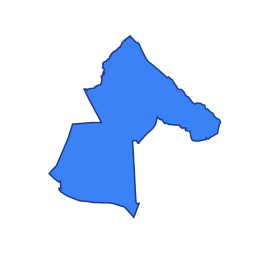 San Pablo Villa de Mitla, Oaxaca, Mexico (Natural Earth projection), rotated 341°
{"feature_id": "50627088B9208224547873", "entity_name": "San Pablo Villa de Mitla", "entity_type": "district", "adm_level": 2, "iso_a3": "MEX", "parent_name": "Mexico", "parent_adm1": "Oaxaca", "projection": "natural_earth1", "projection_center": [-96.275, 16.968], "detail": "fine", "context": "isolated", "style": "filled", "palette": "blue", "viewbox_px": 256, "rotation_deg": 341, "n_neighbors": 0, "source": "geoboundaries", "source_scale": "gbopen_adm2", "svg_char_len": 4938}
<svg xmlns="http://www.w3.org/2000/svg" viewBox="0 0 256 256"><g transform="rotate(341 128 128)"><path d="M183.0,92.9L181.1,93.2L180.9,92.2L179.7,90.1L176.2,83.8L170.8,74.8L169.4,73.0L168.8,71.7L168.1,69.7L167.5,67.4L166.9,63.3L166.3,57.9L165.7,51.7L165.0,50.6L163.5,49.5L160.9,44.0L160.0,41.7L159.0,42.6L158.4,42.2L158.1,42.1L157.7,42.6L156.5,42.7L155.5,43.0L154.0,44.3L153.2,43.7L152.9,43.9L152.6,44.3L151.8,44.9L151.2,45.0L150.2,45.4L149.9,45.5L149.2,47.0L147.5,48.0L146.7,49.1L145.4,49.0L145.1,49.4L143.2,50.0L141.8,51.1L141.1,51.3L140.8,50.9L140.4,51.1L139.9,50.9L139.7,51.3L138.9,51.9L138.3,51.5L137.7,52.0L136.8,52.3L136.5,52.9L135.6,53.1L135.5,53.7L134.7,54.3L134.1,54.3L134.1,54.9L133.6,55.4L133.2,56.1L132.9,56.3L132.4,56.2L132.1,56.7L130.8,56.4L130.5,57.2L130.0,57.3L129.3,57.4L128.2,57.9L127.2,57.6L126.5,57.9L125.9,58.2L125.4,58.7L125.1,59.0L125.0,59.3L124.6,61.8L123.5,62.6L123.7,63.2L124.5,64.2L124.7,65.3L124.3,65.8L124.2,66.0L123.4,66.6L123.1,66.6L123.0,66.8L123.0,67.2L123.1,67.3L123.3,67.4L123.4,67.6L123.5,67.8L123.6,68.0L123.4,68.1L123.3,68.4L123.2,68.3L123.2,68.5L123.0,68.4L123.0,68.6L122.8,68.5L122.9,68.8L122.6,68.7L122.7,68.9L122.7,69.0L122.5,68.9L122.5,69.1L122.4,69.1L122.0,69.2L122.0,69.6L121.6,69.6L121.6,69.8L121.4,69.8L121.0,69.8L120.8,69.6L120.7,69.6L120.7,70.0L120.3,70.3L120.5,70.4L120.1,70.7L119.8,70.9L119.6,70.9L119.8,71.1L119.9,71.3L120.1,71.4L120.1,71.5L119.9,71.6L119.6,71.9L119.5,72.2L119.1,72.7L119.1,73.1L119.2,73.5L119.3,73.8L119.0,74.3L118.7,74.7L117.9,75.8L117.3,76.6L117.2,76.8L116.7,77.5L116.4,77.8L115.0,78.2L114.8,78.2L113.5,77.6L113.2,77.7L112.4,78.0L112.0,78.2L110.8,78.2L110.7,78.3L110.4,78.2L110.1,78.4L109.7,79.0L109.1,79.3L108.8,79.4L108.6,79.3L108.3,79.1L108.0,79.0L107.4,78.9L106.9,78.9L105.1,78.4L104.6,78.3L104.0,78.4L103.1,78.3L103.2,78.5L102.8,78.2L102.6,78.2L102.0,78.9L102.0,78.6L101.9,78.3L101.7,78.2L101.4,77.9L101.2,77.6L100.8,77.4L100.5,77.3L100.2,77.4L99.8,77.1L99.5,76.9L99.1,77.0L100.7,89.6L102.7,101.8L104.7,114.2L96.0,111.2L84.3,108.2L76.9,106.3L68.0,118.3L57.1,130.4L51.2,136.9L48.1,140.4L41.6,143.6L38.6,145.5L41.1,150.4L41.6,151.6L45.2,156.7L46.8,156.2L45.6,160.1L45.4,160.9L45.4,161.0L45.3,161.4L45.2,161.7L45.2,162.0L45.1,162.5L44.8,163.4L44.2,163.1L43.6,162.8L43.4,162.8L43.2,162.6L42.7,164.3L42.7,164.6L43.6,165.2L43.6,165.4L43.6,165.9L43.6,166.3L43.8,166.4L43.9,166.8L44.2,167.0L45.8,169.1L48.9,172.8L54.2,177.4L58.2,180.8L60.3,181.9L67.4,185.1L70.6,187.0L81.5,191.1L85.1,192.3L88.5,194.0L90.8,195.6L97.4,200.5L98.9,201.4L101.3,206.9L102.8,210.3L104.4,214.3L107.5,210.7L113.9,202.9L112.3,202.9L111.3,201.0L114.9,188.2L115.2,187.2L118.4,175.9L118.5,175.9L118.6,175.6L118.9,174.4L119.1,173.7L119.4,172.6L119.9,171.0L120.0,170.7L120.8,167.8L121.3,166.0L121.5,164.8L121.8,164.0L122.8,160.4L123.3,159.1L123.5,158.2L123.6,157.6L124.2,155.7L124.4,154.9L124.7,154.2L124.9,153.0L125.4,151.6L125.4,151.3L125.6,150.7L125.8,149.8L126.4,147.8L127.1,145.5L127.2,144.9L128.1,141.7L129.6,141.9L131.2,142.6L131.7,142.7L132.0,143.9L132.2,144.6L132.6,146.1L132.7,146.3L132.7,146.2L134.7,144.7L135.2,144.4L136.4,143.6L138.2,142.7L138.6,142.5L139.6,141.9L140.9,141.2L142.3,140.5L143.8,139.7L144.3,139.6L144.9,139.2L145.1,139.2L148.3,137.8L151.6,136.3L154.4,134.2L154.9,133.7L156.6,131.4L156.8,131.0L157.4,130.2L157.7,129.7L158.0,129.2L158.5,128.4L158.8,127.7L159.4,126.9L159.8,127.3L159.7,128.0L159.8,128.3L159.9,128.5L160.2,128.8L160.2,129.1L160.5,129.7L161.0,129.7L161.2,130.5L161.7,130.9L162.0,131.0L162.9,131.4L163.2,132.8L163.5,133.3L163.5,134.1L163.7,134.3L163.7,134.5L163.8,134.9L163.9,135.2L164.2,135.6L164.8,136.0L165.6,136.1L166.4,136.4L167.0,136.5L167.5,137.8L168.5,138.4L169.4,138.3L169.7,138.4L170.2,138.8L170.3,138.9L170.9,139.3L171.0,139.3L171.3,139.4L171.7,139.7L172.0,139.9L172.4,140.1L172.7,140.2L173.5,140.5L174.0,140.7L174.3,140.8L174.6,140.9L176.4,141.6L176.9,141.7L177.4,141.9L178.0,144.3L178.2,144.6L178.8,144.8L179.1,146.0L180.5,146.0L183.0,147.0L181.5,148.3L181.6,149.1L185.3,151.3L184.8,156.8L184.5,158.6L184.4,158.7L184.7,160.2L185.4,160.9L186.1,161.5L187.0,161.9L188.2,162.5L189.5,162.9L190.1,163.2L190.5,163.3L190.8,163.4L192.3,163.5L193.2,163.6L194.0,163.7L194.2,163.8L194.9,163.9L195.3,163.9L195.5,163.9L197.2,164.0L197.4,164.1L198.1,164.4L198.5,163.3L198.6,163.0L200.6,164.6L202.0,163.9L208.1,162.7L211.0,162.2L211.5,161.0L212.7,159.0L215.5,154.5L217.3,152.8L217.4,152.1L217.0,149.6L215.5,148.4L214.2,146.6L213.6,145.4L213.0,141.7L211.7,140.3L210.4,138.2L209.9,137.3L209.8,136.6L209.3,135.8L208.4,135.7L208.0,135.4L207.5,134.6L207.4,134.3L207.7,133.8L208.0,131.7L207.9,131.4L207.0,130.9L206.0,130.3L204.6,128.3L202.0,127.1L200.6,126.7L199.6,127.4L197.5,125.5L196.1,121.3L195.8,120.2L195.1,118.3L193.6,116.7L192.7,114.2L192.6,112.0L190.9,108.9L189.8,108.4L189.0,108.4L187.6,106.8L187.4,104.3L186.6,101.6L186.3,100.9L185.6,97.0L185.2,96.4L184.6,96.0L184.4,95.7L183.7,93.9L183.0,92.9Z" fill="#3b82f6" stroke="#1e3a8a" stroke-width="1.5"/></g></svg>